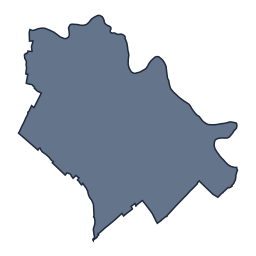 Radauti-Prut, Botosani, Romania (Albers equal-area conic projection)
{"feature_id": "2599482B66408843515913", "entity_name": "Radauti-Prut", "entity_type": "district", "adm_level": 2, "iso_a3": "ROU", "parent_name": "Romania", "parent_adm1": "Botosani", "projection": "albers", "projection_center": [26.824, 48.199], "detail": "fine", "context": "isolated", "style": "filled", "palette": "slate", "viewbox_px": 256, "rotation_deg": 0, "n_neighbors": 0, "source": "geoboundaries", "source_scale": "gbopen_adm2", "svg_char_len": 5588}
<svg xmlns="http://www.w3.org/2000/svg" viewBox="0 0 256 256"><path d="M93.3,240.6L93.4,239.9L97.0,237.4L97.1,236.5L98.7,234.9L97.9,234.1L102.8,230.0L104.7,228.2L105.2,227.8L105.5,227.6L110.8,223.2L111.4,222.8L114.8,219.9L120.5,214.7L121.9,213.4L123.6,216.0L126.9,213.2L131.2,210.0L132.3,209.1L132.4,208.8L131.5,207.1L131.2,206.7L131.1,206.4L134.8,203.5L134.9,203.8L135.3,204.6L135.6,205.1L135.9,206.0L136.4,205.6L136.3,205.2L142.4,200.5L143.3,201.6L143.9,202.5L145.0,203.7L150.8,211.4L152.4,213.8L154.7,218.3L155.9,220.9L157.3,223.3L161.2,220.5L161.2,220.2L165.9,216.5L166.2,216.3L166.5,216.6L166.8,216.5L167.0,216.3L166.9,215.9L167.2,215.4L175.9,205.9L183.9,197.6L187.6,193.8L189.8,191.3L193.0,188.2L197.4,183.7L197.4,182.8L198.7,181.4L199.3,180.9L199.9,181.7L210.4,191.8L212.8,194.2L214.4,195.2L216.5,196.4L217.9,197.3L222.1,193.0L223.0,192.6L223.2,192.1L228.2,187.5L228.9,187.8L229.5,187.7L230.2,187.4L232.1,186.2L232.1,185.9L231.7,185.7L232.0,185.2L233.3,183.9L233.9,183.1L234.3,182.1L234.5,181.5L235.3,180.2L235.7,178.0L235.9,176.6L235.7,175.8L236.2,174.2L236.6,172.5L237.5,170.1L237.1,169.3L236.9,168.8L236.7,168.3L236.7,167.4L235.5,167.4L234.5,167.4L231.8,166.7L230.9,166.4L230.1,165.9L229.3,165.5L228.3,164.9L226.3,163.1L224.3,160.9L223.3,159.7L221.7,158.2L219.9,156.1L218.6,154.2L217.2,152.3L215.5,149.7L215.0,148.6L214.6,147.6L214.3,146.2L214.2,144.7L214.3,143.1L214.6,141.6L214.8,140.9L215.0,140.4L216.3,139.2L218.0,138.5L219.4,138.2L221.4,138.0L222.9,138.0L225.8,138.1L227.5,137.9L228.1,137.7L229.1,137.1L229.9,136.3L230.4,135.8L230.9,135.1L232.0,133.9L233.0,132.5L233.7,131.1L235.6,129.2L236.5,128.0L236.8,126.6L236.9,125.5L236.8,124.5L236.5,123.4L236.1,123.0L235.1,122.7L232.4,122.2L231.3,122.0L229.7,121.9L225.9,123.1L221.7,123.7L220.4,123.8L218.7,124.2L216.0,124.6L212.7,124.8L208.8,124.6L207.7,124.3L206.0,123.5L204.1,122.2L203.1,121.5L201.4,119.5L199.4,116.7L198.9,116.3L197.9,115.7L197.0,115.1L195.3,113.4L193.1,110.5L192.0,109.0L191.1,107.4L190.4,106.1L189.9,105.4L188.8,104.2L188.4,103.8L185.9,102.2L184.1,101.1L182.4,99.8L178.9,97.2L177.3,95.7L176.2,94.6L173.8,92.4L172.3,90.7L171.3,89.5L170.7,88.6L170.5,88.1L169.8,86.1L168.9,82.0L168.8,80.9L168.6,80.4L167.9,79.0L167.5,78.0L166.8,72.8L166.3,68.6L166.2,68.0L166.1,67.5L166.2,67.0L165.4,64.8L164.7,63.3L163.9,61.9L163.0,60.6L162.1,59.6L159.0,56.9L158.0,56.6L156.5,56.6L154.9,57.2L154.2,57.8L151.2,60.6L149.6,62.6L148.9,63.6L148.5,64.4L148.0,65.5L146.5,67.8L146.0,68.5L144.5,69.5L140.8,71.6L139.7,72.1L138.7,72.4L137.0,72.8L134.8,73.4L133.7,73.1L132.4,72.6L131.7,72.1L130.9,71.2L130.3,70.3L129.1,67.8L128.9,67.5L128.3,64.8L128.2,64.0L128.2,60.7L128.3,59.0L128.5,57.9L128.7,56.0L128.8,55.1L128.8,54.4L128.6,53.3L128.3,52.1L128.0,50.9L127.8,49.6L127.5,46.8L126.8,42.8L126.3,41.5L125.1,38.5L125.1,37.9L125.1,37.1L124.9,36.3L124.1,35.5L123.2,34.9L122.0,34.3L120.8,34.1L120.1,34.1L118.4,34.4L117.8,34.4L117.2,34.2L114.7,33.0L113.6,33.0L112.7,33.1L112.0,33.0L111.2,32.8L110.6,32.3L110.3,31.9L110.2,31.3L110.4,30.3L110.9,29.0L111.0,28.6L110.9,28.0L110.7,27.3L110.3,26.8L109.8,26.5L108.8,25.9L107.8,25.6L106.8,25.0L106.3,24.7L105.5,24.0L104.8,23.1L104.3,22.1L104.2,21.5L104.1,20.5L103.6,19.2L103.0,17.9L102.4,17.0L101.9,16.6L99.9,15.5L99.3,15.4L98.2,15.4L97.7,15.5L96.1,16.2L95.6,16.5L93.9,17.4L92.0,18.7L91.3,19.4L90.6,20.1L89.4,21.8L88.6,22.6L87.2,23.9L86.3,24.5L84.9,25.0L83.4,25.3L82.3,25.3L80.2,25.2L78.4,24.7L77.2,24.5L76.1,24.4L74.9,24.4L73.2,24.2L72.0,24.2L70.9,24.4L70.4,24.6L70.0,25.0L69.1,26.6L68.5,28.1L69.0,30.7L69.1,31.9L69.2,33.0L69.3,35.2L69.1,35.8L68.9,36.2L68.4,37.2L67.5,37.8L66.0,38.6L63.9,38.5L62.0,37.6L61.2,37.4L59.8,36.7L58.9,35.9L57.6,35.0L56.6,34.2L54.6,32.7L53.5,32.0L50.9,30.8L49.5,30.1L46.2,28.8L45.2,28.4L44.1,28.2L43.0,28.1L41.0,28.2L38.8,28.6L37.7,28.9L34.4,30.1L33.4,30.4L32.7,30.4L32.1,30.3L31.1,30.0L30.0,29.5L29.5,31.0L29.2,33.0L29.5,41.1L32.9,41.0L32.4,43.8L32.1,44.3L32.0,45.1L31.6,45.8L31.5,46.7L32.0,51.2L32.0,51.4L31.5,51.4L30.8,51.4L27.9,51.1L27.8,52.2L27.7,52.6L27.2,52.9L27.0,53.1L26.9,53.1L26.7,53.4L26.5,53.2L26.3,53.2L26.1,53.4L25.3,54.0L24.6,54.4L24.4,55.0L24.4,55.3L24.8,58.6L25.2,59.0L26.1,60.7L26.4,62.1L26.3,63.6L26.1,64.2L26.1,65.0L26.3,66.2L26.6,67.4L26.3,69.9L25.8,73.6L25.8,73.9L26.0,74.1L26.3,74.2L27.8,74.1L27.6,75.3L26.8,79.9L26.2,83.2L26.6,83.4L28.1,83.9L31.8,84.6L32.2,84.8L32.4,85.0L32.9,85.7L33.9,86.7L34.3,87.3L34.4,87.5L34.4,88.3L34.5,88.6L35.2,88.8L36.5,90.5L37.1,90.8L37.5,91.1L37.9,91.5L38.4,91.6L41.3,93.1L34.0,107.6L33.7,107.5L32.9,106.6L31.6,105.6L29.1,111.0L28.6,111.6L28.3,111.7L27.8,112.3L28.0,112.9L27.7,114.2L27.2,115.3L25.6,118.3L25.5,118.7L23.5,123.2L22.8,124.4L18.9,132.6L18.5,133.0L19.2,133.8L20.1,134.5L38.0,150.1L38.5,149.3L39.1,148.4L39.7,148.1L40.0,148.0L40.6,149.4L41.2,150.4L41.9,151.4L43.1,152.5L45.9,154.4L47.7,156.0L49.1,157.3L51.2,160.0L53.3,161.8L52.3,162.8L65.2,175.1L67.0,172.8L67.3,172.7L67.8,173.0L68.5,173.4L70.3,174.1L70.6,174.3L70.9,174.7L71.2,175.8L73.1,178.3L76.0,175.5L77.5,176.8L79.0,177.9L77.7,179.5L77.4,180.0L77.5,180.1L77.8,180.3L78.7,181.1L80.5,183.7L81.1,184.4L81.6,185.1L81.7,185.5L81.7,185.1L81.9,184.6L82.4,184.0L82.8,183.4L83.1,183.9L86.2,188.2L87.2,190.2L87.6,190.9L88.1,193.3L88.6,195.1L89.8,197.8L91.3,199.6L91.6,200.2L93.4,204.1L94.0,214.7L94.0,215.8L93.8,216.1L93.8,216.4L93.8,216.5L93.6,216.8L93.6,217.0L94.1,217.4L94.3,217.6L94.5,218.1L95.0,221.6L94.8,224.0L93.5,228.5L93.3,229.3L93.5,230.6L93.6,231.5L93.9,233.2L93.9,234.3L94.2,235.1L94.5,237.1L94.5,237.6L94.1,238.5L93.9,238.4L93.3,238.5L93.2,238.7L93.1,239.2L92.9,239.5L92.9,240.0L93.3,240.6Z" fill="#64748b" stroke="#1e293b" stroke-width="1.5"/></svg>